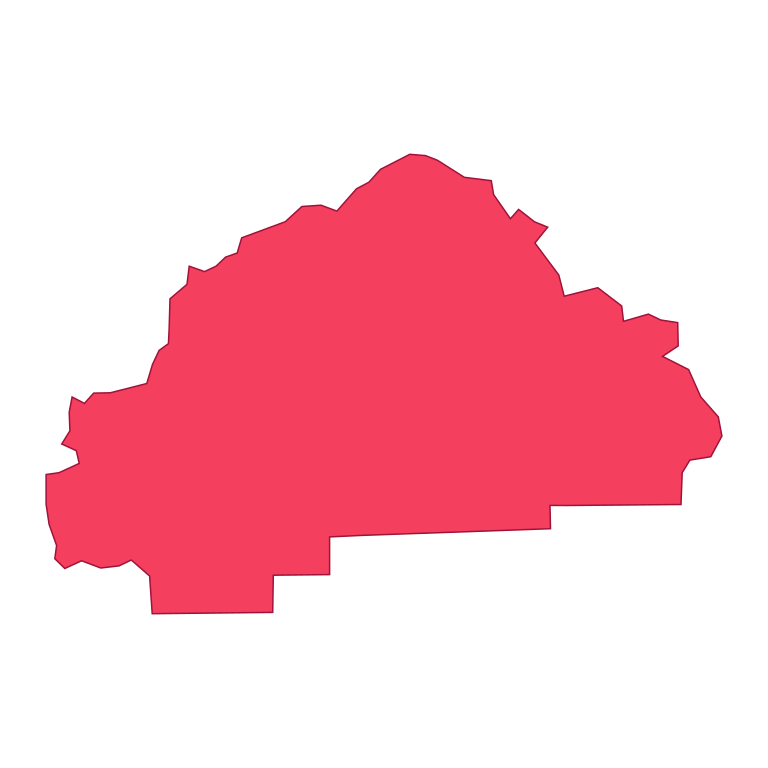 the district of Santo Antônio do Palma, Rio Grande do Sul, Brazil
{"feature_id": "56859067B22273864175038", "entity_name": "Santo Antônio do Palma", "entity_type": "district", "adm_level": 2, "iso_a3": "BRA", "parent_name": "Brazil", "parent_adm1": "Rio Grande do Sul", "projection": "orthographic", "projection_center": [-52.014, -28.492], "detail": "fine", "context": "isolated", "style": "filled", "palette": "rose", "viewbox_px": 768, "rotation_deg": 0, "n_neighbors": 0, "source": "geoboundaries", "source_scale": "gbopen_adm2", "svg_char_len": 1100}
<svg xmlns="http://www.w3.org/2000/svg" viewBox="0 0 768 768"><path d="M710.8,456.7L721.9,436.1L718.3,416.9L700.8,397.0L688.6,369.6L662.5,356.4L678.2,345.9L677.7,322.6L660.7,320.0L648.4,314.1L623.5,321.3L621.7,306.0L597.8,287.7L582.8,291.5L564.2,296.2L558.8,275.0L534.9,243.0L547.7,227.2L534.5,221.8L518.6,209.4L510.4,218.7L493.6,194.6L491.3,180.7L464.3,177.3L437.5,160.3L425.5,155.6L409.8,154.3L380.5,169.3L368.9,182.2L356.6,188.7L346.6,200.0L336.9,211.1L321.0,205.2L301.9,206.5L285.3,221.7L241.7,237.8L237.2,253.0L225.6,257.1L216.0,266.2L204.5,271.6L189.2,266.2L187.0,284.3L170.0,298.8L169.1,329.8L168.4,343.7L159.1,350.4L152.5,364.4L146.8,383.5L110.1,392.8L93.7,393.1L84.4,403.4L72.1,397.0L69.2,412.2L69.9,430.8L61.7,444.0L76.3,450.7L79.2,463.4L59.0,472.7L46.1,474.5L46.1,504.2L49.1,524.4L56.6,545.5L54.8,558.7L64.8,568.5L81.5,560.8L100.8,568.0L119.0,565.9L131.3,560.0L149.6,576.0L152.2,613.7L272.7,612.4L273.3,575.2L329.6,574.6L329.6,536.9L361.8,535.4L550.5,528.7L550.0,505.4L566.8,505.5L681.0,504.5L682.2,472.7L689.9,460.1L710.8,456.7Z" fill="#f43f5e" stroke="#9f1239" stroke-width="1.5"/></svg>